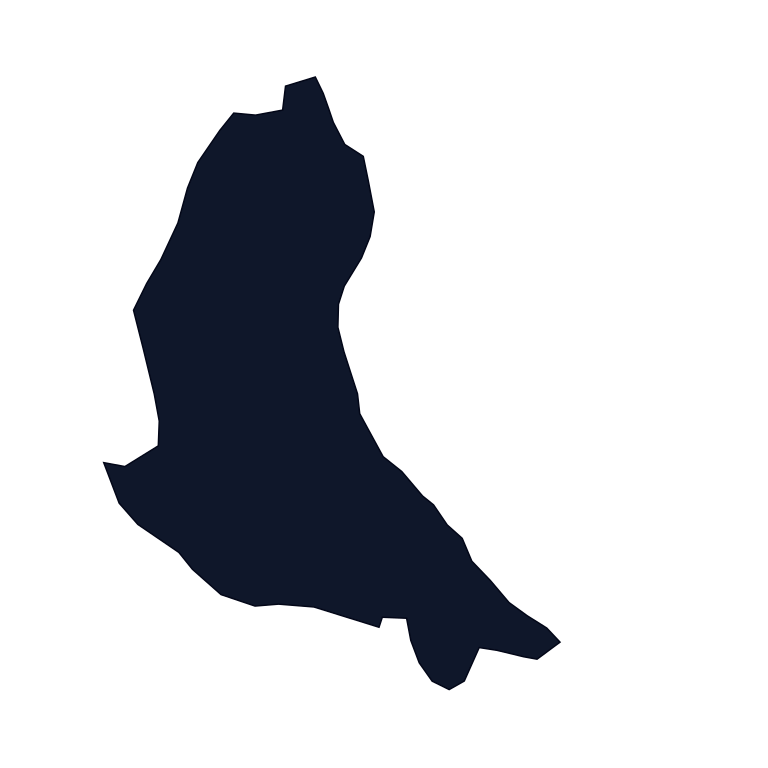 the district of Gaidouras, Cyprus, rotated 22°
{"feature_id": "46923920B93612483186560", "entity_name": "Gaidouras", "entity_type": "district", "adm_level": 2, "iso_a3": "CYP", "parent_name": "Cyprus", "parent_adm1": "", "projection": "orthographic", "projection_center": [33.809, 35.155], "detail": "fine", "context": "isolated", "style": "filled", "palette": "ink", "viewbox_px": 768, "rotation_deg": 22, "n_neighbors": 0, "source": "geoboundaries", "source_scale": "gbopen_adm2", "svg_char_len": 986}
<svg xmlns="http://www.w3.org/2000/svg" viewBox="0 0 768 768"><g transform="rotate(22 384 384)"><path d="M279.5,180.7L257.9,176.6L239.0,160.4L229.6,149.5L218.8,137.3L205.3,125.1L181.1,144.7L187.4,168.0L164.2,182.8L143.2,189.1L136.8,210.3L128.4,248.4L128.4,275.9L132.6,311.9L130.5,352.2L126.3,379.7L124.1,409.4L147.3,441.1L174.7,479.3L189.5,502.6L197.9,525.9L174.7,557.6L153.6,561.9L183.1,593.7L208.4,606.4L256.9,617.0L275.9,627.6L311.8,640.3L347.6,638.2L368.7,627.6L402.5,617.0L470.5,611.4L469.8,600.9L492.7,592.7L504.9,611.7L521.1,629.3L540.0,641.5L558.9,642.9L569.7,629.3L571.0,592.7L588.5,588.6L615.5,584.6L629.0,581.8L643.9,557.4L626.3,549.3L603.4,545.2L581.8,539.8L556.1,526.3L531.8,515.4L514.3,497.8L495.4,491.0L475.2,477.5L461.7,473.4L433.3,458.5L410.4,451.7L387.4,432.8L372.6,420.6L363.1,403.0L348.3,385.3L334.8,369.1L320.0,348.7L311.9,327.1L310.5,308.1L315.9,275.6L315.9,252.5L310.5,228.1L293.0,201.0L279.5,180.7Z" fill="#0f172a" stroke="#020617" stroke-width="1.5"/></g></svg>